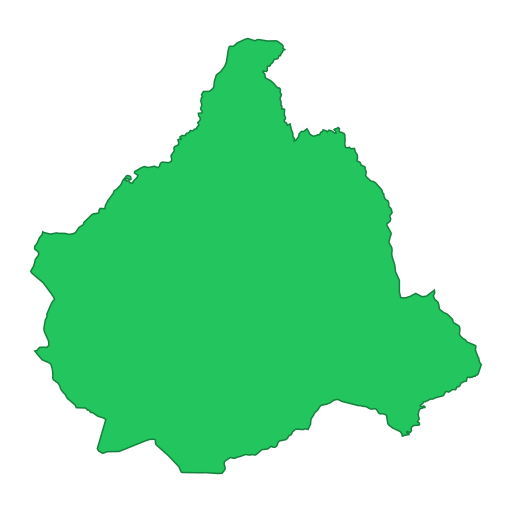 the district of Letefoho, Ermera, East Timor
{"feature_id": "22284137B23883045309989", "entity_name": "Letefoho", "entity_type": "district", "adm_level": 2, "iso_a3": "TLS", "parent_name": "East Timor", "parent_adm1": "Ermera", "projection": "albers", "projection_center": [125.458, -8.838], "detail": "fine", "context": "isolated", "style": "filled", "palette": "green", "viewbox_px": 512, "rotation_deg": 0, "n_neighbors": 0, "source": "geoboundaries", "source_scale": "gbopen_adm2", "svg_char_len": 5985}
<svg xmlns="http://www.w3.org/2000/svg" viewBox="0 0 512 512"><path d="M284.8,49.6L283.0,48.4L283.1,46.1L282.1,44.6L277.6,41.3L276.1,40.8L267.6,41.0L258.9,39.6L257.2,39.6L255.1,40.8L247.8,38.5L245.3,39.2L237.2,42.9L233.3,46.4L230.4,46.1L229.2,46.8L228.3,49.9L226.3,62.4L224.7,66.3L220.8,71.5L216.4,74.9L214.4,81.1L213.8,87.0L212.6,88.7L209.6,91.3L203.4,91.5L201.5,94.9L202.5,96.3L201.4,97.9L200.8,101.0L201.9,105.1L200.7,108.3L200.8,109.4L202.3,111.5L201.9,112.9L198.3,113.3L198.8,116.0L200.2,118.0L200.3,119.1L200.0,120.3L197.7,122.6L198.9,125.1L196.9,127.3L196.7,128.8L194.4,129.2L192.8,130.9L190.4,130.5L188.8,132.8L186.5,133.3L185.3,135.4L183.3,135.7L182.1,135.4L179.9,137.0L180.3,138.1L181.3,138.7L180.6,139.6L178.9,139.2L177.9,139.9L178.8,143.0L178.2,144.9L174.5,146.7L173.9,148.5L174.3,150.8L171.0,155.5L171.7,159.5L171.2,161.5L168.6,162.7L162.6,162.1L161.3,162.5L160.0,164.2L159.7,165.8L158.7,167.1L157.4,167.6L154.2,166.2L149.2,167.4L147.6,167.4L144.4,166.5L141.0,167.9L134.6,171.6L134.5,173.0L137.8,175.2L137.4,177.0L133.2,181.5L132.7,183.0L130.6,183.1L128.4,180.9L127.1,180.9L125.4,180.1L126.2,178.7L127.3,178.5L129.8,179.9L131.0,179.4L130.9,177.4L130.2,176.3L127.9,175.5L126.7,175.7L122.9,180.3L121.1,184.5L116.9,189.1L114.2,190.7L113.1,193.6L108.3,200.0L105.5,205.2L104.8,208.7L100.3,208.4L99.0,210.1L99.0,212.2L98.1,213.2L93.9,213.7L92.2,214.4L84.1,222.2L83.1,224.9L79.1,227.3L75.5,232.6L73.4,233.6L69.2,234.4L65.1,233.4L58.3,233.3L56.4,232.9L50.6,234.1L44.2,232.6L42.7,231.8L42.1,234.7L39.4,237.8L37.5,242.6L34.8,246.2L34.6,248.5L35.0,249.5L37.6,251.2L38.8,253.6L38.2,255.6L35.4,259.3L33.9,265.5L30.7,271.3L31.8,273.1L43.2,282.8L51.3,293.7L54.1,298.0L54.4,299.7L53.2,300.6L51.7,302.9L46.8,314.1L47.1,316.0L46.5,317.8L45.4,319.6L44.2,326.4L43.9,328.9L44.3,331.4L48.6,341.3L48.8,345.4L46.8,347.3L39.9,347.2L38.2,348.8L37.2,350.3L34.8,351.1L42.0,359.7L50.0,363.3L51.1,364.7L52.4,369.9L52.9,374.8L52.8,378.2L53.4,379.8L58.1,383.2L59.8,385.9L60.7,389.1L63.3,392.6L65.2,394.4L67.3,398.3L75.0,404.9L76.3,407.7L85.3,408.0L86.6,408.8L87.3,410.0L89.0,410.2L90.6,412.4L92.8,412.7L97.8,416.2L103.8,418.1L105.8,419.5L97.3,448.7L98.6,450.9L102.1,453.1L103.4,453.2L107.0,451.7L119.0,451.5L146.0,440.6L149.7,439.4L154.3,439.3L155.3,439.8L155.6,443.9L156.4,445.0L168.0,455.3L178.8,466.6L181.2,472.0L182.2,472.5L202.3,472.8L204.8,472.6L218.1,473.5L222.1,473.3L224.8,469.7L225.2,468.4L224.2,464.1L224.1,462.7L224.9,461.2L230.3,457.5L233.5,458.3L235.4,458.1L237.7,457.0L240.1,456.5L245.5,454.5L249.5,455.1L251.8,454.6L255.6,455.0L261.9,449.7L267.8,448.9L271.1,446.3L272.3,447.0L274.6,447.3L275.9,446.8L277.0,445.6L278.0,442.5L279.4,441.0L285.8,439.6L287.2,438.6L288.9,435.7L291.3,434.6L292.5,432.0L294.8,429.7L296.6,429.1L302.9,429.6L305.1,428.8L308.0,429.5L310.5,424.3L310.9,419.8L312.0,417.3L313.3,415.8L314.5,413.0L317.7,410.1L320.3,406.0L321.5,405.2L326.5,404.3L330.5,402.6L333.8,400.2L336.9,399.5L338.4,399.6L341.9,401.4L358.7,405.7L360.1,405.5L362.6,406.3L366.0,406.6L370.0,408.8L371.5,409.1L375.1,408.7L376.1,409.2L377.4,410.7L378.6,413.1L380.2,413.9L383.1,413.8L385.8,414.8L386.5,415.6L387.8,423.6L388.8,425.1L392.7,428.0L400.1,431.5L401.8,433.7L402.3,436.2L404.8,435.3L408.9,434.6L409.1,433.8L407.0,432.9L407.0,431.5L409.9,432.3L410.6,432.1L411.5,430.4L411.1,428.6L411.6,427.1L413.5,425.7L414.3,425.4L418.8,425.2L419.5,424.6L419.4,423.1L417.5,421.8L419.2,419.1L418.1,414.6L418.9,411.0L420.0,408.8L422.2,408.3L423.2,407.6L424.9,407.5L425.1,407.0L423.9,406.0L421.8,406.6L420.3,406.2L420.5,405.0L422.7,403.6L423.4,401.9L425.7,401.7L426.1,401.0L427.5,400.8L430.2,399.1L433.0,399.0L435.0,397.9L443.0,395.8L443.7,395.2L445.5,391.8L447.3,391.6L448.8,392.1L452.5,389.5L455.6,389.7L457.1,386.7L458.3,386.8L459.7,386.0L461.2,383.0L463.6,381.7L466.5,381.1L466.8,378.6L467.7,377.2L469.3,377.2L469.9,377.7L470.8,377.1L472.1,377.3L473.1,376.4L475.2,376.3L475.8,375.2L477.5,374.9L478.3,373.5L481.3,364.6L479.4,361.9L478.7,357.9L478.1,357.2L475.7,351.0L475.4,349.0L475.9,347.0L475.6,345.6L466.9,341.9L465.2,339.7L462.6,338.2L460.4,336.0L459.4,334.3L459.9,329.0L459.4,326.5L458.1,325.3L453.4,322.6L452.5,319.3L448.5,315.3L446.8,313.8L443.9,312.7L439.9,309.5L439.3,308.6L438.9,305.1L437.9,302.1L434.6,299.2L433.4,295.9L434.7,292.8L434.4,290.1L426.4,296.2L422.0,296.7L415.7,293.4L410.1,296.4L405.3,297.9L400.7,297.6L399.4,292.1L399.4,280.3L395.5,271.7L394.8,265.2L392.3,257.3L391.7,254.1L392.1,250.5L391.8,247.7L388.9,242.4L389.9,237.7L391.1,234.3L391.0,232.7L386.9,225.3L386.8,224.0L390.0,221.3L390.7,219.0L389.7,215.8L392.1,212.8L391.5,209.9L390.7,208.1L389.3,207.0L388.7,206.0L388.8,203.7L388.1,201.0L385.9,199.7L384.9,198.6L383.9,195.9L383.8,194.1L382.7,192.9L381.9,190.0L375.5,182.8L373.4,181.5L370.9,181.1L366.7,177.1L365.6,175.5L366.3,171.9L365.0,168.6L365.2,167.4L364.3,166.5L361.1,165.0L360.0,162.3L356.9,160.9L357.5,158.3L357.4,155.1L355.3,151.9L354.5,148.4L350.9,148.7L349.3,147.2L347.7,147.9L345.6,147.4L344.7,144.1L345.1,140.7L344.9,136.4L344.9,135.0L344.2,133.7L341.9,132.4L340.1,132.2L339.0,131.2L339.5,128.6L338.1,127.5L337.2,128.3L334.8,129.0L334.0,129.7L335.8,131.4L335.9,133.1L334.7,133.1L332.1,131.2L329.0,130.1L327.3,131.9L326.3,130.9L323.1,129.8L322.3,131.6L320.8,132.2L319.7,134.5L317.3,134.9L315.9,135.8L313.0,136.1L310.1,134.4L307.0,128.8L303.6,131.5L301.5,131.4L299.2,133.7L298.3,137.1L295.9,140.2L294.2,140.9L294.6,139.5L294.3,138.3L293.4,137.6L292.9,136.1L292.8,133.4L291.3,129.5L290.1,123.9L287.3,125.3L286.6,123.1L284.4,121.8L284.3,120.0L285.2,119.2L285.5,117.6L284.5,115.5L284.3,112.7L284.7,109.6L283.8,108.9L281.9,109.2L281.8,106.0L281.0,105.2L281.0,101.4L280.0,99.6L280.3,97.2L281.0,96.4L281.4,94.1L280.4,93.2L280.1,91.5L280.5,89.6L279.6,88.1L277.4,87.7L273.4,83.1L270.5,80.6L265.4,77.9L264.8,74.1L263.1,72.2L263.1,71.0L266.3,71.5L267.3,70.5L267.2,66.7L268.2,65.9L269.3,66.2L270.3,65.6L270.5,64.4L272.8,62.4L274.2,59.3L277.2,58.9L278.3,58.0L279.0,55.7L280.4,55.7L281.1,53.6L282.3,52.4L283.1,50.3L284.8,49.6Z" fill="#22c55e" stroke="#15803d" stroke-width="1.5"/></svg>